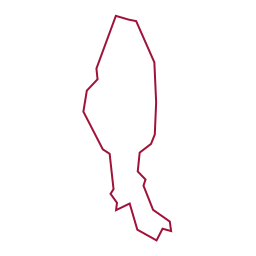 outline of Vevchani, Vevčani, North Macedonia, rotated 91°
{"feature_id": "65306769B55321164164480", "entity_name": "Vevchani", "entity_type": "district", "adm_level": 2, "iso_a3": "MKD", "parent_name": "North Macedonia", "parent_adm1": "Vevčani", "projection": "mercator", "projection_center": [20.592, 41.244], "detail": "fine", "context": "isolated", "style": "outline", "palette": "rose", "viewbox_px": 256, "rotation_deg": 91, "n_neighbors": 0, "source": "geoboundaries", "source_scale": "gbopen_adm2", "svg_char_len": 501}
<svg xmlns="http://www.w3.org/2000/svg" viewBox="0 0 256 256"><g transform="rotate(91 128 128)"><path d="M16.1,142.1L69.1,160.6L79.8,159.3L91.3,169.8L112.4,172.9L149.8,152.8L154.1,145.9L189.4,141.4L194.1,144.3L203.0,137.7L210.3,138.5L203.5,125.0L229.5,116.9L239.9,97.5L228.1,91.7L230.3,83.1L220.8,84.6L209.4,101.5L185.4,111.5L179.2,109.6L171.3,117.5L152.4,115.9L143.5,104.7L134.0,101.1L101.9,100.3L61.9,102.8L21.0,121.7L19.6,129.3L16.1,142.1Z" fill="none" stroke="#9f1239" stroke-width="2"/></g></svg>